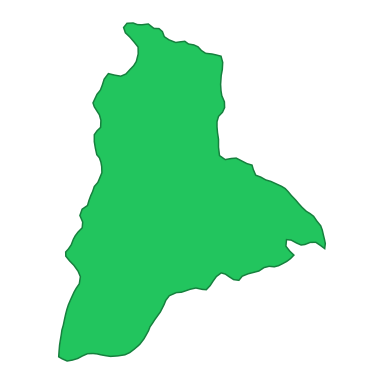 Leme do Prado, Minas Gerais, Brazil
{"feature_id": "56859067B57249042092490", "entity_name": "Leme do Prado", "entity_type": "district", "adm_level": 2, "iso_a3": "BRA", "parent_name": "Brazil", "parent_adm1": "Minas Gerais", "projection": "orthographic", "projection_center": [-42.742, -17.063], "detail": "fine", "context": "isolated", "style": "filled", "palette": "green", "viewbox_px": 384, "rotation_deg": 0, "n_neighbors": 0, "source": "geoboundaries", "source_scale": "gbopen_adm2", "svg_char_len": 2464}
<svg xmlns="http://www.w3.org/2000/svg" viewBox="0 0 384 384"><path d="M97.2,130.6L94.3,134.7L94.3,141.7L95.4,148.3L96.8,154.7L99.4,157.8L100.9,162.1L101.7,166.6L101.9,172.7L99.4,178.8L97.8,182.5L94.3,186.5L92.6,191.6L90.8,195.5L89.0,200.4L87.5,205.5L82.1,209.2L79.9,215.5L82.7,222.1L82.2,227.8L78.0,232.1L75.3,235.7L73.4,239.2L71.2,244.9L68.4,249.0L65.7,252.0L65.8,256.2L69.7,261.0L73.9,265.3L78.1,271.2L80.4,276.7L79.3,283.8L76.2,288.3L74.1,292.0L72.4,295.7L70.5,299.9L68.4,304.8L66.9,309.4L65.7,314.0L64.6,318.9L63.3,325.2L61.9,330.1L61.3,334.5L60.4,339.8L59.6,344.9L59.1,350.8L58.7,356.8L62.1,358.8L67.1,361.0L72.3,360.1L77.7,358.5L82.5,355.9L87.5,353.7L93.1,353.5L97.1,353.9L100.8,354.8L105.9,355.7L110.5,356.4L117.7,355.9L124.9,354.8L129.7,352.6L134.3,349.1L139.7,344.4L143.9,338.9L146.2,334.9L148.5,330.7L150.0,326.8L152.3,323.5L154.6,319.9L157.7,315.6L160.3,312.0L162.2,308.3L164.1,304.5L165.8,300.3L169.3,295.7L176.3,292.6L181.5,292.2L185.7,290.8L190.0,289.3L195.9,288.0L202.4,289.4L206.3,289.7L210.2,285.5L213.2,280.9L216.4,276.5L221.2,272.9L225.4,274.1L228.8,276.5L233.6,279.6L238.9,280.3L242.2,276.2L248.1,273.8L253.2,272.5L258.9,271.0L264.0,267.6L269.1,266.3L274.3,266.8L278.5,265.7L282.5,263.7L286.9,261.3L290.5,258.6L293.9,255.1L289.9,251.3L285.9,246.2L286.5,239.6L291.2,240.1L296.5,243.0L301.1,245.0L304.9,244.5L310.2,242.4L315.8,242.3L320.4,245.4L324.7,248.6L325.3,243.5L324.5,239.6L323.5,235.5L322.3,230.2L320.7,225.8L316.8,221.0L313.6,216.3L310.2,213.7L306.4,211.4L301.9,207.2L298.4,203.3L295.8,200.2L291.4,195.6L287.9,191.4L285.1,188.5L281.5,186.3L277.1,184.3L270.8,181.4L265.7,179.9L260.8,177.1L255.7,175.2L253.3,169.6L252.0,165.1L246.9,163.6L240.9,160.5L236.2,158.1L231.2,158.5L225.2,159.6L219.5,155.6L218.5,147.2L218.5,139.3L217.5,132.7L217.0,126.9L217.0,121.7L218.5,116.4L222.5,112.2L224.6,107.6L224.4,101.8L221.8,95.7L221.0,90.8L220.6,84.4L221.2,75.5L222.3,69.6L222.7,62.4L221.0,56.2L216.4,55.0L212.0,54.0L205.6,53.3L201.4,50.5L198.0,46.8L193.8,44.9L188.5,44.0L184.8,41.3L180.5,41.8L175.7,42.5L168.9,39.8L164.3,36.7L162.4,31.6L159.0,28.6L153.9,28.4L148.3,24.0L141.7,24.8L137.3,24.6L133.2,23.0L127.0,23.3L123.6,27.5L125.4,32.8L129.8,37.0L134.1,42.0L138.1,47.1L138.2,54.0L136.3,61.5L133.7,65.7L130.3,69.2L125.9,74.0L120.8,76.2L114.5,75.1L108.4,73.6L104.2,79.1L102.3,85.1L100.4,90.1L97.0,94.3L94.8,99.0L93.0,102.9L94.3,106.8L96.7,110.6L99.4,114.8L100.9,120.3L100.6,127.4L97.2,130.6Z" fill="#22c55e" stroke="#15803d" stroke-width="1.5"/></svg>